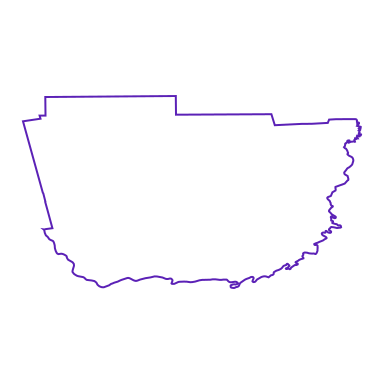 the district of Bārtas pag., Grobinas, Latvia
{"feature_id": "27541924B34143831895881", "entity_name": "Bārtas pag.", "entity_type": "district", "adm_level": 2, "iso_a3": "LVA", "parent_name": "Latvia", "parent_adm1": "Grobinas", "projection": "natural_earth1", "projection_center": [21.383, 56.376], "detail": "fine", "context": "isolated", "style": "outline", "palette": "violet", "viewbox_px": 384, "rotation_deg": 0, "n_neighbors": 0, "source": "geoboundaries", "source_scale": "gbopen_adm2", "svg_char_len": 6024}
<svg xmlns="http://www.w3.org/2000/svg" viewBox="0 0 384 384"><path d="M45.3,97.0L45.5,115.6L39.6,115.6L40.5,118.7L23.0,121.3L42.8,192.7L43.3,193.4L45.4,201.7L45.2,201.9L47.4,209.8L52.4,228.2L45.8,229.1L44.3,229.5L43.6,229.4L44.2,229.9L44.8,232.9L45.9,235.4L47.7,236.9L49.3,239.2L50.5,239.9L52.8,240.9L53.4,241.5L54.1,243.1L54.7,245.4L54.9,248.2L55.7,250.9L56.7,252.9L57.2,253.5L57.9,253.9L58.5,254.1L61.2,253.7L62.4,253.9L63.6,254.3L65.1,255.1L66.2,255.8L66.7,256.4L66.8,257.4L67.3,258.5L68.1,259.7L72.5,262.2L73.1,262.9L73.8,263.9L74.0,265.3L73.9,266.1L72.7,270.1L72.5,271.2L72.5,271.9L73.8,273.7L75.0,274.6L76.8,275.7L78.3,276.2L83.1,277.1L83.9,277.5L84.5,277.9L85.7,279.2L86.8,279.9L91.8,280.5L94.5,281.1L96.4,282.6L97.1,284.0L97.6,284.8L98.6,285.7L99.4,286.3L101.4,287.1L103.1,287.3L104.0,287.2L109.1,285.3L111.1,283.9L112.4,283.5L114.2,282.7L117.8,281.6L119.6,280.7L121.5,279.9L127.3,278.0L128.2,277.9L129.2,278.1L130.2,278.5L133.6,280.3L135.4,280.9L136.3,280.9L137.5,280.6L140.0,279.6L145.4,278.2L150.5,277.4L154.6,276.4L157.1,276.5L162.5,277.5L165.6,278.8L166.7,279.0L167.9,279.0L170.0,278.5L170.8,278.6L171.4,278.8L172.4,280.0L172.5,280.4L172.4,280.9L172.0,282.1L171.5,283.4L171.7,283.7L172.5,283.9L174.4,283.8L178.3,282.0L179.2,281.8L184.0,281.6L186.8,281.7L190.2,282.2L192.2,282.1L195.1,281.6L199.5,280.3L202.1,279.9L210.4,279.7L212.9,279.3L215.2,279.3L220.0,279.9L221.1,279.9L223.4,279.6L226.5,279.6L227.0,279.8L228.4,281.3L229.2,281.9L230.1,282.2L231.0,282.3L235.1,281.7L236.4,281.9L237.6,282.7L237.9,283.3L237.2,284.0L235.6,284.5L234.4,284.3L233.1,284.4L230.8,285.3L230.6,285.6L230.7,287.0L231.1,287.5L232.1,287.8L234.0,288.0L234.7,287.8L236.1,287.1L237.6,286.8L238.5,286.2L239.0,285.6L239.9,283.4L240.7,282.6L244.9,279.7L246.3,279.0L249.4,277.9L251.0,277.0L252.2,276.9L253.0,277.1L253.5,277.6L253.6,278.3L252.6,280.7L252.5,281.4L253.2,282.0L253.8,282.1L254.7,281.9L255.3,281.6L256.4,280.3L256.9,279.6L261.4,277.0L262.7,276.6L264.1,276.3L265.8,276.4L268.6,277.3L271.0,275.3L272.4,275.0L273.3,274.5L273.6,274.1L273.7,273.3L273.7,272.7L273.9,272.2L274.5,271.8L276.3,270.7L278.8,269.9L280.8,268.9L282.0,267.9L283.1,266.4L283.8,265.8L286.3,264.9L286.6,264.2L286.9,263.9L287.4,263.8L287.9,264.0L288.5,264.7L289.2,265.3L289.4,265.6L289.4,265.8L288.0,267.4L286.8,268.1L286.1,268.3L285.9,268.6L286.2,269.0L286.8,269.0L287.4,268.9L287.9,268.5L288.3,268.5L289.6,269.2L290.1,269.1L290.7,268.6L290.8,268.1L291.1,267.6L294.4,265.3L294.7,265.1L296.4,265.0L297.6,264.5L297.8,264.0L297.6,263.6L295.9,262.8L295.6,262.4L295.7,262.0L298.4,260.6L298.9,260.1L299.6,259.7L301.6,258.9L302.3,258.8L302.7,258.5L303.4,258.4L303.5,258.1L303.1,257.6L303.0,257.3L302.4,256.4L302.5,255.9L303.3,254.8L303.3,254.5L303.1,253.5L303.3,253.2L303.7,252.9L304.8,252.5L305.9,252.6L307.1,252.7L309.0,253.3L310.7,253.5L312.1,253.6L313.9,253.5L315.2,254.0L315.7,254.0L316.6,253.0L317.5,250.8L317.5,248.8L317.7,247.9L317.5,247.1L317.6,246.2L317.5,245.6L316.9,245.0L316.6,244.9L316.0,244.8L315.6,245.0L314.7,244.9L314.3,244.5L314.3,244.0L316.3,243.1L317.5,242.8L319.1,242.0L322.9,240.5L324.9,239.1L325.9,238.7L326.6,238.0L326.5,237.7L325.8,236.9L323.0,235.4L322.3,234.8L321.9,234.1L321.8,233.5L322.0,233.1L323.1,232.5L324.9,232.7L325.3,232.6L325.5,232.1L325.7,231.0L326.0,230.9L326.5,231.0L327.4,231.9L328.2,232.5L329.4,232.8L330.4,232.8L331.0,232.4L331.1,231.6L330.7,231.1L329.3,230.3L329.0,229.9L329.0,229.4L329.4,228.7L330.1,228.3L330.6,227.4L331.3,227.0L333.9,227.3L337.0,228.0L340.6,227.6L341.1,227.2L340.8,225.9L340.5,225.6L339.9,225.3L338.2,225.5L337.8,225.3L337.7,225.0L336.7,224.2L335.4,224.0L332.4,223.1L332.3,222.8L333.0,221.8L333.0,221.3L332.5,221.0L331.3,220.6L331.1,220.2L331.3,219.0L330.8,217.1L330.9,216.8L331.2,216.5L331.7,216.4L332.1,216.6L332.7,217.4L334.2,218.1L334.8,218.2L335.5,218.0L335.8,217.5L335.8,217.0L335.4,216.5L332.2,214.6L331.5,214.0L330.4,212.7L329.4,211.8L329.0,211.2L329.1,210.4L329.6,209.7L331.0,208.0L332.7,206.7L332.8,206.3L332.6,206.0L331.7,205.8L331.3,205.5L330.6,204.0L330.7,203.2L330.6,202.9L330.1,202.0L329.9,201.2L328.5,199.8L327.8,199.2L327.3,198.3L327.3,197.7L327.9,197.1L330.8,196.0L331.0,195.7L332.4,192.3L335.5,190.5L335.7,189.3L335.4,187.9L335.5,186.9L344.7,183.6L347.5,180.5L348.2,180.1L348.3,179.8L348.4,179.0L347.6,176.0L345.2,174.6L344.6,174.1L344.4,173.7L344.2,172.7L344.4,172.2L346.4,169.7L347.1,168.6L348.0,167.9L349.0,167.4L349.7,166.9L351.3,165.5L352.1,164.6L352.3,164.2L353.3,160.9L353.3,159.9L352.9,158.5L352.3,157.5L351.3,156.8L349.0,155.7L347.5,154.4L347.5,153.9L348.0,153.3L348.1,152.8L347.6,151.8L347.5,151.3L347.0,150.2L346.0,148.7L344.8,148.1L344.0,147.2L345.0,145.9L345.2,143.7L345.6,143.3L345.9,143.4L346.1,143.2L346.7,142.5L347.2,141.8L347.4,140.8L347.7,140.6L348.7,140.4L349.4,140.5L349.5,140.7L349.1,141.3L348.5,141.4L348.2,141.8L348.2,142.4L348.6,142.7L349.3,142.5L350.2,142.0L351.5,141.7L353.0,141.6L353.5,141.4L354.3,141.5L354.7,141.8L355.0,141.7L354.9,141.2L354.4,140.4L354.4,139.8L354.9,139.3L355.1,138.3L355.5,138.4L355.6,139.0L355.9,139.1L356.6,138.8L357.0,138.4L357.8,138.4L357.6,138.0L356.9,137.9L356.8,137.7L357.2,137.5L357.1,137.0L356.9,136.8L356.8,136.4L357.2,135.5L357.6,135.5L357.7,136.0L357.8,136.1L358.6,136.0L359.1,136.3L359.6,136.3L359.8,135.8L360.7,135.4L360.6,134.9L361.0,134.5L360.9,134.3L360.5,134.3L359.4,134.6L359.2,134.3L359.5,133.9L358.9,133.6L358.8,133.4L358.9,133.0L359.4,132.8L359.6,132.5L359.6,132.1L359.0,130.8L358.7,130.6L359.2,130.1L359.8,130.2L360.1,130.1L360.3,129.7L360.1,129.4L359.4,129.1L358.9,128.7L359.6,128.2L360.4,128.4L360.7,128.0L360.7,126.8L360.4,126.7L359.1,127.0L358.9,126.8L359.0,126.5L358.8,126.2L358.4,126.3L357.1,125.9L357.3,125.6L358.0,125.6L358.3,125.3L358.3,125.1L357.7,124.9L357.3,124.6L357.2,123.7L357.3,123.2L358.7,123.5L359.0,123.4L359.0,123.1L358.9,122.7L358.5,122.5L357.6,122.6L357.2,122.4L356.9,122.0L357.0,120.7L356.6,119.7L356.1,119.3L355.1,119.1L336.0,119.2L329.1,119.6L327.8,122.9L311.7,123.8L301.4,123.9L274.8,125.2L271.4,114.2L176.0,114.7L175.8,96.0L45.3,97.0Z" fill="none" stroke="#5b21b6" stroke-width="2"/></svg>